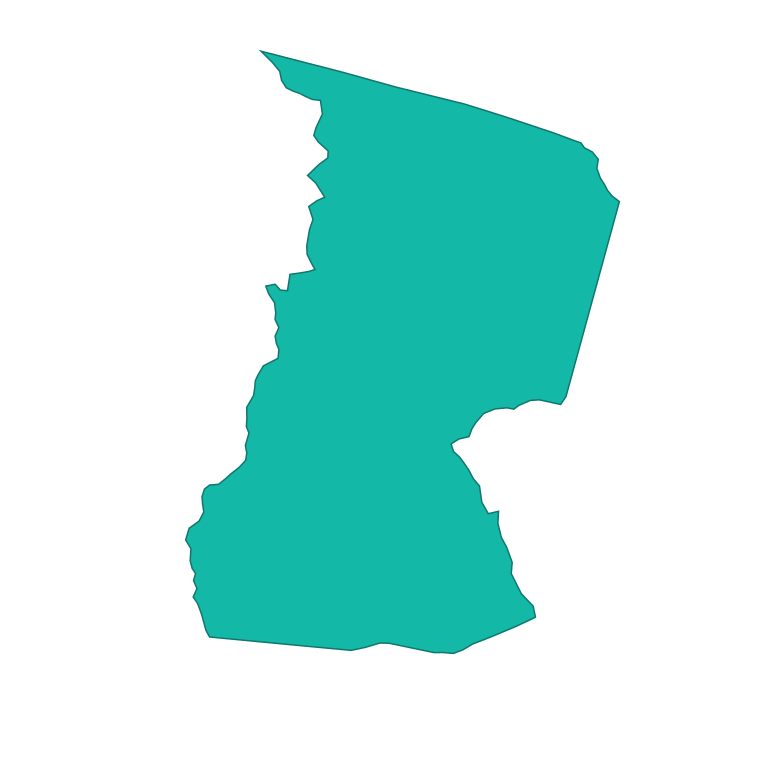 the district of Pau D'Arco do Piauí, Piauí, Brazil, rotated 106°
{"feature_id": "56859067B17447781535160", "entity_name": "Pau D'Arco do Piauí", "entity_type": "district", "adm_level": 2, "iso_a3": "BRA", "parent_name": "Brazil", "parent_adm1": "Piauí", "projection": "albers", "projection_center": [-42.465, -5.252], "detail": "fine", "context": "isolated", "style": "filled", "palette": "teal", "viewbox_px": 768, "rotation_deg": 106, "n_neighbors": 0, "source": "geoboundaries", "source_scale": "gbopen_adm2", "svg_char_len": 1878}
<svg xmlns="http://www.w3.org/2000/svg" viewBox="0 0 768 768"><g transform="rotate(106 384 384)"><path d="M675.3,481.9L657.4,386.2L649.1,342.2L642.4,329.5L634.1,316.5L631.8,307.7L628.4,261.8L625.8,253.1L623.9,243.1L617.9,235.0L609.5,227.1L598.0,212.0L587.6,199.0L580.6,190.3L566.4,174.1L556.4,179.4L547.8,194.1L539.5,201.8L531.2,209.4L520.2,211.6L507.2,221.0L499.0,229.0L493.7,232.0L486.7,236.1L474.8,238.8L479.9,248.0L470.7,257.4L455.7,264.1L450.4,272.1L444.1,278.0L437.7,285.5L433.1,291.7L429.8,298.5L423.1,303.0L416.2,296.8L411.2,287.8L402.7,287.1L396.3,285.3L384.9,280.1L377.3,270.4L373.0,259.1L372.4,252.3L367.3,248.4L359.4,238.7L356.4,230.3L355.0,208.6L346.1,205.6L143.8,208.0L140.4,216.7L136.1,222.7L131.5,227.0L126.5,232.7L118.1,238.8L108.9,240.0L103.5,247.8L101.7,256.5L97.9,261.2L97.6,268.1L95.9,290.0L93.7,341.9L92.7,383.9L94.0,419.9L95.3,455.0L95.7,508.9L98.0,593.9L105.6,580.0L112.2,570.4L120.3,566.2L126.2,559.6L127.5,552.3L127.9,544.9L129.3,538.3L130.2,531.3L128.9,523.3L141.5,517.6L156.5,520.0L164.4,520.0L169.4,514.0L175.4,501.9L182.1,500.3L190.9,507.0L204.6,515.0L209.6,505.0L220.8,492.5L226.2,498.9L234.1,505.3L245.4,497.6L256.1,498.2L272.7,496.3L280.6,493.6L287.6,487.3L293.0,481.9L296.7,487.6L300.5,495.5L304.5,504.6L320.9,502.5L322.3,509.5L318.1,516.2L322.5,524.6L329.3,519.5L336.1,511.6L345.7,507.6L352.0,506.5L358.8,500.6L368.0,501.9L374.7,498.6L379.6,494.6L388.5,492.9L399.7,504.9L409.9,507.6L416.2,508.6L423.1,507.2L431.1,506.2L444.2,509.5L454.8,506.3L462.7,504.6L468.4,500.3L481.3,500.3L488.2,496.9L495.6,495.9L504.6,500.6L512.8,506.6L518.9,510.3L526.1,515.5L529.2,523.8L534.5,527.6L542.4,527.9L549.4,525.3L556.7,521.9L566.8,524.0L576.3,531.5L588.6,531.7L595.5,524.2L607.3,521.6L614.1,517.6L618.1,512.9L625.5,512.9L632.1,507.4L641.4,508.7L646.3,502.7L655.9,495.7L669.9,487.2L675.3,481.9Z" fill="#14b8a6" stroke="#0f766e" stroke-width="1.5"/></g></svg>